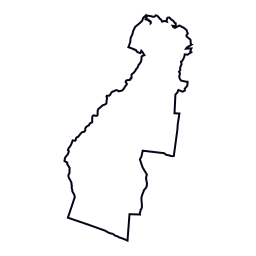 Faleata East, Gaga'emauga, Samoa
{"feature_id": "51752279B54657815121204", "entity_name": "Faleata East", "entity_type": "district", "adm_level": 2, "iso_a3": "WSM", "parent_name": "Samoa", "parent_adm1": "Gaga'emauga", "projection": "albers", "projection_center": [-171.795, -13.866], "detail": "fine", "context": "isolated", "style": "outline", "palette": "ink", "viewbox_px": 256, "rotation_deg": 0, "n_neighbors": 0, "source": "geoboundaries", "source_scale": "gbopen_adm2", "svg_char_len": 3049}
<svg xmlns="http://www.w3.org/2000/svg" viewBox="0 0 256 256"><path d="M183.8,27.8L179.4,25.5L175.0,27.8L174.4,27.8L173.3,27.0L172.6,25.8L174.1,26.0L175.1,27.0L175.5,26.6L175.8,24.4L175.6,23.2L175.0,23.1L173.3,20.9L171.3,19.5L169.3,17.5L167.6,17.7L167.2,18.2L166.5,20.8L166.8,21.6L165.1,21.0L163.5,21.2L162.1,21.6L161.4,20.1L160.8,19.4L159.6,18.6L159.2,17.8L157.2,15.7L155.7,15.4L154.7,16.5L154.1,16.8L152.9,16.7L150.5,16.1L147.7,15.6L146.7,16.0L146.4,18.6L146.8,19.0L148.3,19.7L149.2,20.6L150.0,20.9L150.7,21.6L150.8,23.1L150.6,23.3L150.5,21.8L149.5,21.0L148.9,20.9L148.1,20.0L145.5,19.3L146.1,17.4L145.9,15.4L143.3,17.7L142.5,19.7L142.2,20.8L138.4,24.3L136.9,25.4L135.0,27.1L134.1,29.1L133.2,31.0L132.3,34.5L130.7,37.9L130.2,42.0L130.0,42.9L128.4,47.2L131.0,48.1L134.2,49.3L134.1,49.5L136.3,50.3L136.7,51.6L138.9,52.7L140.4,53.1L141.3,50.7L142.3,51.8L144.4,55.2L142.3,55.9L141.5,56.9L141.5,58.9L141.2,60.8L140.9,61.8L139.3,64.2L138.7,64.6L137.6,67.5L136.3,68.9L135.4,70.6L134.2,72.2L133.2,73.2L132.0,74.0L131.5,74.9L131.5,77.4L131.4,78.2L130.5,78.4L130.3,79.7L128.1,80.2L126.8,80.2L125.8,81.1L125.7,82.2L126.7,83.4L126.8,84.4L125.0,86.6L124.1,88.3L123.1,89.7L121.7,90.7L118.7,91.3L117.0,90.2L115.8,90.2L113.5,91.4L112.4,91.6L110.9,93.2L110.2,94.8L109.2,95.7L106.8,95.8L106.5,96.8L107.1,98.0L106.7,100.0L106.4,103.3L105.6,104.2L102.5,105.4L100.6,107.2L98.4,108.9L97.7,110.5L97.6,115.0L96.9,115.8L95.8,115.8L93.7,115.3L92.6,116.1L92.2,117.2L92.2,122.2L89.7,123.6L89.1,125.2L87.7,125.9L86.0,127.1L85.3,128.3L85.2,130.6L84.1,131.9L83.0,131.9L81.9,132.4L80.8,133.4L78.1,136.9L76.9,137.2L75.9,138.4L75.8,139.9L75.2,140.7L72.7,140.4L71.4,143.9L70.2,146.3L68.4,148.5L67.9,150.1L68.8,151.0L68.7,151.9L67.7,154.4L65.4,157.2L64.9,158.2L64.5,161.1L67.3,162.6L67.2,164.0L69.6,167.9L69.5,170.3L69.5,172.9L68.4,175.0L68.6,177.2L70.0,179.8L71.5,182.7L71.4,184.2L71.9,185.7L71.6,187.6L72.2,189.7L72.4,191.5L73.8,193.9L74.6,195.8L74.8,197.1L67.9,217.7L90.7,225.5L100.1,228.9L105.2,230.7L107.5,232.1L109.5,233.1L112.8,233.9L114.0,234.7L114.8,235.4L116.4,236.1L117.7,236.4L118.8,237.3L120.4,237.7L124.1,239.1L127.5,240.6L129.5,214.2L140.0,214.5L139.8,213.0L140.5,211.2L140.6,209.8L141.3,209.0L141.9,207.4L141.8,203.1L141.5,200.7L141.4,197.8L142.1,195.1L144.2,189.8L145.6,188.3L146.7,186.3L147.0,183.5L146.0,178.2L146.3,176.6L146.9,174.6L142.6,167.4L139.9,159.5L141.5,156.3L142.7,150.7L164.2,153.2L164.3,153.5L166.7,155.0L168.3,155.2L172.0,156.2L173.8,156.0L177.4,129.6L177.7,124.6L179.4,113.5L174.5,113.3L174.8,107.1L175.4,94.6L177.3,92.6L178.4,90.0L182.7,91.7L184.9,90.5L184.7,88.8L187.3,85.7L187.6,81.8L185.7,81.6L181.7,80.8L180.9,80.4L179.7,78.6L179.2,76.5L179.9,73.9L179.9,73.2L179.0,71.8L180.3,70.1L180.1,68.1L180.6,66.4L181.6,64.1L181.0,61.7L182.0,61.1L182.7,60.1L183.6,58.4L184.5,56.1L184.7,54.4L187.6,54.7L188.4,54.1L191.3,52.2L190.3,51.4L191.4,48.4L186.0,48.7L186.9,47.5L191.5,44.7L191.0,44.5L190.7,43.1L190.6,40.6L190.3,39.5L187.6,37.3L186.5,36.2L186.5,35.1L187.8,33.6L187.2,32.3L186.7,30.2L183.8,27.8Z" fill="none" stroke="#020617" stroke-width="2"/></svg>